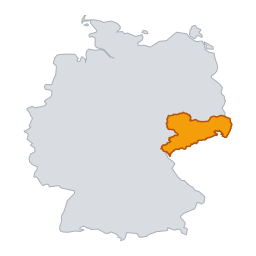 Sachsen on a map of Germany (Natural Earth projection)
{"feature_id": "DEU-1601", "entity_name": "Sachsen", "entity_type": "State", "adm_level": 1, "iso_a3": "DEU", "parent_name": "Germany", "parent_adm1": "", "projection": "natural_earth1", "projection_center": [12.997, 50.915], "detail": "fine", "context": "in_parent", "style": "filled", "palette": "amber", "viewbox_px": 256, "rotation_deg": 0, "n_neighbors": 0, "source": "natural_earth", "source_scale": "10m", "svg_char_len": 8994}
<svg xmlns="http://www.w3.org/2000/svg" viewBox="0 0 256 256"><path d="M105.7,233.4L97.8,229.1L90.9,229.5L89.7,228.1L87.4,228.2L83.8,226.0L80.6,227.3L79.8,228.6L80.0,229.3L83.3,229.4L83.7,230.1L80.4,231.4L75.0,231.0L68.7,232.2L63.5,232.1L60.4,231.0L59.6,229.0L59.9,226.1L61.3,222.2L61.7,219.3L61.2,217.5L62.0,214.8L64.1,211.2L67.4,200.7L74.5,193.4L74.4,190.9L62.5,188.3L60.6,187.6L58.9,185.6L49.4,186.8L48.6,184.8L46.1,184.0L43.4,185.6L42.5,185.4L39.0,180.7L38.1,178.5L36.4,177.1L33.8,176.9L34.7,172.6L37.2,169.4L37.4,166.8L32.2,164.6L29.6,161.6L29.0,158.1L30.6,154.1L35.0,151.7L34.6,147.7L31.0,145.7L30.8,145.0L32.4,143.5L27.0,139.1L28.4,134.6L27.5,133.3L25.0,132.3L24.2,130.9L26.1,130.6L30.5,127.5L30.7,127.0L29.4,126.6L29.3,125.3L32.3,118.8L32.2,117.7L30.0,114.5L30.0,113.3L27.0,109.7L27.0,108.6L32.0,106.3L36.2,107.9L37.8,107.0L39.9,107.1L45.0,105.5L46.4,103.5L44.5,101.8L44.8,100.6L50.6,97.0L51.6,95.2L52.0,91.9L51.3,90.8L50.6,90.1L45.7,89.5L44.4,87.6L44.9,85.1L45.8,84.6L51.7,84.6L54.3,77.4L55.7,75.1L56.4,66.0L53.3,63.3L54.6,58.1L56.9,55.4L58.7,54.6L66.4,54.1L74.8,54.3L78.3,58.5L76.9,60.7L78.9,61.7L79.9,61.3L81.3,57.4L82.0,56.7L85.5,59.4L85.5,62.8L86.5,58.1L85.9,54.9L86.5,51.7L88.5,49.1L94.7,50.2L101.6,49.6L104.2,50.8L109.9,56.9L114.3,58.2L110.9,56.9L104.0,49.5L96.6,47.6L95.0,45.5L95.2,38.0L92.4,36.6L89.4,37.1L89.0,35.4L89.5,34.1L96.3,32.2L96.5,30.1L90.5,22.9L90.3,19.8L95.5,20.0L101.7,21.4L103.2,22.5L111.2,21.1L117.3,23.3L120.1,26.3L120.2,28.9L116.6,32.0L122.7,31.6L124.2,33.8L127.5,33.0L135.7,36.5L142.0,34.7L143.1,37.5L141.8,40.3L137.4,43.3L138.3,45.2L139.7,45.6L143.9,45.2L150.4,47.1L159.3,41.3L166.3,40.7L176.6,32.2L186.7,33.8L189.3,37.4L196.0,41.5L202.1,41.1L204.3,44.9L205.3,49.7L208.9,52.1L214.1,53.2L215.0,58.2L217.6,66.0L217.6,68.4L216.7,71.1L215.0,73.3L211.5,76.0L211.3,77.6L220.0,84.3L222.4,87.7L221.0,92.5L222.4,94.9L223.8,95.7L224.4,96.9L224.4,99.7L225.5,100.5L223.8,105.6L222.2,107.7L222.7,109.5L225.0,112.7L225.0,116.6L229.8,119.2L231.7,124.5L230.5,129.1L226.1,137.1L222.6,136.0L222.9,134.3L222.2,134.2L221.1,132.0L215.9,130.7L214.5,131.8L217.1,134.8L206.4,138.7L198.7,140.4L196.0,143.4L194.6,142.8L191.4,144.1L190.2,146.0L186.4,146.6L184.7,149.1L180.7,148.3L175.8,149.4L173.6,150.7L169.6,155.6L166.4,151.8L165.5,151.8L165.3,153.1L167.3,155.8L168.0,158.0L173.7,162.2L174.9,163.9L172.1,168.5L177.6,176.6L181.8,180.5L184.1,180.4L189.3,185.5L192.7,187.2L195.2,190.7L198.6,191.3L203.7,195.5L204.8,196.9L204.1,202.2L201.6,204.1L197.2,202.3L194.7,208.8L183.7,213.4L180.5,216.3L180.5,217.2L185.0,222.6L185.0,225.1L183.7,227.6L186.8,228.3L187.3,229.6L186.4,234.8L181.6,232.9L180.8,230.0L178.8,229.1L174.1,230.1L167.8,227.7L167.2,230.6L156.4,231.7L148.9,234.5L146.7,236.3L140.7,237.3L139.3,237.1L136.9,233.5L126.8,232.6L125.1,238.1L123.8,239.6L120.8,240.6L121.2,238.1L118.1,237.3L118.0,235.6L116.0,234.0L110.9,231.9L108.6,233.4L105.7,233.4ZM201.8,34.6L202.3,36.5L201.7,37.5L199.2,35.8L196.7,35.9L195.2,38.4L194.1,38.5L190.3,36.2L189.6,35.1L190.0,30.0L191.2,28.9L191.4,27.3L193.5,25.6L195.4,25.6L196.9,28.0L200.6,29.5L200.9,30.2L198.9,32.3L199.4,33.4L201.8,34.6ZM213.0,46.9L213.1,49.2L206.6,48.9L206.1,47.2L206.5,45.6L204.4,43.8L204.4,41.9L213.0,46.9ZM83.2,21.4L81.7,23.6L82.1,19.6L84.6,15.4L85.6,15.5L84.2,17.4L83.9,19.9L89.4,20.1L88.8,20.8L83.2,21.4ZM148.0,33.6L144.6,33.6L142.0,32.2L143.6,30.3L146.9,31.2L148.0,33.6ZM88.4,25.2L87.5,25.9L84.2,25.1L86.7,23.8L88.1,24.2L88.4,25.2Z" fill="#d9dde1" stroke="#a8b0b8" stroke-width="1"/><path d="M217.7,131.4L217.2,131.3L217.0,131.0L216.8,130.9L215.9,130.7L215.2,130.7L214.7,131.2L214.4,132.0L214.1,132.3L214.4,132.5L215.1,132.5L215.6,132.7L215.6,132.8L215.4,132.9L215.4,133.2L215.9,133.6L216.8,133.8L217.4,134.1L217.2,134.8L216.6,135.3L214.8,135.2L214.0,135.3L213.7,135.5L213.3,136.0L213.1,136.2L209.5,137.5L209.1,137.6L208.3,137.5L207.8,137.6L207.6,137.7L207.2,138.1L206.7,138.2L206.3,138.2L206.1,138.4L206.0,138.7L206.1,139.1L206.1,139.3L205.9,139.5L205.6,139.5L205.0,139.8L204.6,139.9L203.5,139.8L203.0,139.8L202.2,140.1L201.7,140.2L199.7,140.2L198.7,140.3L197.8,140.8L198.0,141.2L197.9,141.6L197.6,141.9L197.2,142.2L197.4,142.4L197.4,142.6L197.2,142.7L197.0,142.8L196.6,143.2L196.2,143.5L195.8,143.6L195.3,143.4L195.1,143.2L194.8,142.8L194.7,142.7L194.4,142.6L194.2,142.9L193.4,143.4L193.2,143.5L193.0,144.1L192.5,144.3L192.1,144.2L191.8,144.0L191.3,143.9L190.6,145.6L190.2,146.1L189.7,146.4L188.5,146.4L187.8,146.5L187.4,146.6L187.0,146.5L186.8,146.4L186.6,146.4L186.4,146.4L186.3,146.5L186.1,147.7L186.0,148.3L185.6,148.6L185.0,149.1L184.2,149.1L182.1,148.0L181.9,148.0L181.7,148.0L181.2,148.2L180.8,148.2L180.5,148.2L180.1,148.3L179.8,148.6L179.3,149.2L179.0,149.4L178.7,149.4L177.5,149.2L175.8,149.3L174.9,149.6L174.1,150.1L173.9,150.6L174.0,150.8L173.9,150.9L173.5,151.0L173.3,151.2L172.6,151.5L172.3,151.7L171.6,152.8L171.4,153.0L171.1,153.1L170.9,153.4L170.9,153.8L170.4,154.3L170.3,154.6L170.2,155.1L170.3,155.4L170.4,155.8L170.4,156.0L170.1,156.2L169.7,156.2L169.5,155.9L169.2,155.1L169.2,154.7L168.5,154.0L168.5,153.9L168.8,153.7L168.7,153.4L167.9,153.3L167.6,153.2L167.3,153.1L167.2,152.8L167.3,152.3L167.1,152.1L166.7,151.8L165.6,151.7L165.4,151.5L164.8,151.3L164.5,151.4L164.3,151.3L163.3,150.8L163.0,150.7L162.9,150.1L162.9,149.8L162.9,149.7L162.4,149.4L161.9,148.8L161.7,148.7L161.1,148.8L161.0,148.6L161.0,148.4L161.4,148.2L161.7,148.1L161.8,148.0L161.8,147.9L161.9,147.7L162.1,147.5L162.1,147.4L162.1,147.2L161.7,146.8L161.6,146.7L161.7,146.4L161.8,146.2L162.1,145.9L162.6,145.5L162.9,145.2L163.1,145.0L163.3,144.9L163.6,145.0L163.9,145.3L164.0,145.4L164.4,145.4L164.7,145.2L165.2,144.6L165.5,144.5L165.9,144.7L166.0,144.7L166.6,144.5L166.8,144.3L167.0,143.9L166.9,143.3L167.6,142.7L168.1,142.6L168.5,142.7L169.1,142.7L169.9,142.2L170.2,141.9L170.6,141.3L170.4,141.2L169.9,141.2L169.7,141.1L169.5,140.9L169.4,140.5L169.5,140.1L169.4,140.0L169.3,139.9L169.2,139.8L168.8,139.9L168.8,139.6L169.0,139.3L169.2,139.1L169.4,139.1L169.5,139.1L169.9,138.7L169.5,138.4L169.2,138.1L169.2,137.8L170.9,137.4L171.0,137.3L171.8,136.9L172.6,136.8L172.8,136.9L173.0,136.9L173.4,136.4L173.9,136.0L174.8,135.5L174.9,135.3L175.3,135.4L175.8,135.3L176.6,135.4L176.9,135.4L177.0,135.4L177.2,135.6L177.4,135.4L177.7,135.1L178.0,134.9L178.0,134.7L177.6,133.9L177.0,133.2L176.4,132.9L175.7,132.6L175.4,132.4L175.2,132.0L174.5,131.0L174.3,130.1L170.8,129.3L169.4,129.4L168.4,129.2L168.2,128.8L168.2,128.7L167.7,128.2L167.5,127.8L167.6,127.1L166.9,126.9L166.9,126.7L167.1,126.4L167.2,126.1L167.1,125.3L167.1,125.0L166.6,124.5L166.6,123.9L166.4,123.5L166.4,123.4L166.5,123.0L166.7,122.7L167.0,122.5L167.3,122.5L167.5,122.5L167.5,122.4L167.6,122.1L167.6,121.9L167.6,121.6L167.4,121.2L167.3,120.9L167.3,120.5L167.2,119.8L167.0,119.5L167.0,119.1L167.0,118.9L167.4,118.6L167.5,118.3L167.8,118.2L167.9,117.9L167.9,116.5L168.5,116.0L168.6,115.9L168.7,115.6L168.8,115.5L169.5,115.8L170.2,115.9L170.4,115.8L171.5,115.4L173.2,115.2L173.3,115.2L173.5,114.4L175.5,114.4L175.8,114.6L177.9,114.3L178.0,114.3L178.3,114.4L178.7,114.2L178.9,114.1L179.3,113.5L179.6,113.3L180.4,113.4L181.1,113.7L181.5,113.5L182.7,112.7L182.9,112.5L183.6,112.4L183.8,112.8L184.1,113.0L184.5,113.1L185.2,113.3L185.5,113.6L185.8,113.6L186.0,113.5L186.2,113.4L186.4,113.4L186.6,113.5L187.0,113.9L187.7,114.1L188.3,114.7L188.6,114.9L188.8,114.9L189.1,114.8L189.8,115.2L189.9,115.3L189.9,115.6L189.8,115.9L189.8,116.0L190.0,116.3L190.5,116.5L190.6,116.8L190.8,117.4L190.8,117.6L190.7,117.7L190.4,117.9L190.3,118.0L190.5,118.3L190.6,118.5L190.5,118.9L190.5,119.3L190.4,119.6L190.1,119.9L190.0,120.0L190.0,120.3L190.1,120.6L190.3,120.7L190.6,120.3L190.9,120.3L191.0,120.1L191.3,120.2L191.5,120.3L191.7,120.7L194.3,120.0L194.6,119.8L194.8,119.7L195.0,119.6L195.3,119.6L196.4,120.0L196.7,120.2L196.9,120.4L197.1,120.5L197.5,120.7L197.8,121.2L198.1,121.3L198.6,121.2L198.9,121.2L199.9,121.5L203.4,121.7L207.3,121.3L207.7,121.4L207.8,121.5L208.0,121.4L208.4,120.9L209.6,119.4L210.0,118.8L210.0,118.3L210.2,118.1L211.0,117.2L211.3,117.0L212.2,116.6L213.6,116.3L214.7,116.4L215.5,116.6L216.3,117.0L217.2,116.9L220.1,115.7L221.1,115.5L221.6,115.5L222.1,115.5L222.6,115.8L223.6,116.1L224.6,116.2L224.7,116.5L225.2,116.9L226.7,117.3L227.1,117.5L227.7,117.8L228.7,118.0L229.2,118.2L229.6,118.5L230.0,118.8L230.2,119.2L230.1,119.6L230.3,121.6L230.4,122.1L230.5,122.3L230.9,122.9L231.4,123.4L231.7,123.9L231.6,124.8L231.8,125.0L231.4,125.6L231.1,126.3L230.9,127.2L230.9,127.9L230.9,128.3L230.7,128.4L230.6,128.6L230.4,128.8L230.4,129.1L230.4,129.6L230.3,130.0L229.3,132.0L228.2,134.2L227.4,135.0L227.1,135.4L227.1,135.9L226.8,136.7L226.5,137.0L226.3,137.2L226.0,137.3L225.5,137.3L224.6,137.2L223.8,136.6L223.4,136.5L222.6,136.3L222.5,136.1L222.6,135.6L223.0,134.8L223.1,134.4L223.0,134.1L222.7,134.1L221.5,134.5L221.2,134.4L221.3,134.0L221.6,133.6L221.8,133.2L221.8,132.8L221.7,132.5L221.6,132.3L221.3,132.0L221.0,131.9L220.4,131.7L220.1,131.6L219.9,131.3L219.8,131.0L219.6,130.7L219.4,131.1L219.2,131.2L218.4,131.2L217.7,131.4Z" fill="#f59e0b" stroke="#b45309" stroke-width="1.5"/></svg>